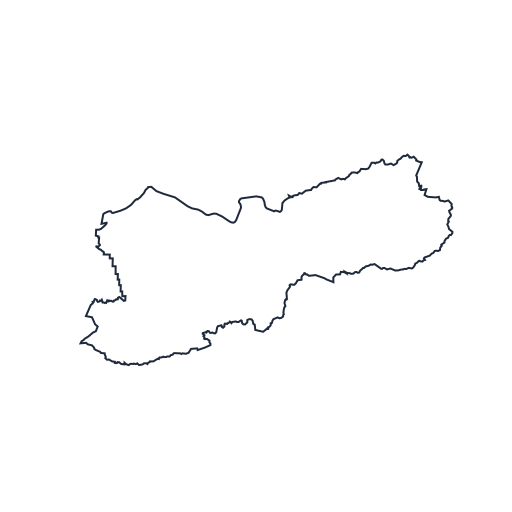 Tlapacoyan, Veracruz, Mexico, rotated 214°
{"feature_id": "50627088B77470661049606", "entity_name": "Tlapacoyan", "entity_type": "district", "adm_level": 2, "iso_a3": "MEX", "parent_name": "Mexico", "parent_adm1": "Veracruz", "projection": "albers", "projection_center": [-97.179, 20.022], "detail": "fine", "context": "isolated", "style": "outline", "palette": "slate", "viewbox_px": 512, "rotation_deg": 214, "n_neighbors": 0, "source": "geoboundaries", "source_scale": "gbopen_adm2", "svg_char_len": 6126}
<svg xmlns="http://www.w3.org/2000/svg" viewBox="0 0 512 512"><g transform="rotate(214 256 256)"><path d="M200.4,223.3L201.8,224.6L203.1,227.4L203.8,229.3L203.6,230.9L206.1,232.9L207.1,235.6L206.4,236.9L207.0,236.9L206.8,238.3L210.3,242.6L210.8,245.5L210.6,248.8L210.8,249.9L211.8,250.5L211.6,251.7L208.1,253.6L207.7,256.0L208.0,259.1L205.0,261.8L206.6,264.2L206.6,266.1L206.0,267.6L206.4,268.7L206.0,269.1L204.0,268.7L203.4,269.3L201.0,269.2L195.9,273.5L186.6,275.9L184.9,275.9L177.2,277.6L179.9,281.4L179.3,285.4L176.1,287.7L176.8,290.3L173.7,292.0L171.9,292.1L173.1,292.7L170.9,292.9L168.7,294.2L167.1,294.4L165.4,295.9L164.9,298.0L163.7,299.0L162.4,298.9L161.7,299.5L161.2,300.1L161.5,301.8L160.5,306.0L159.8,306.4L159.3,308.6L157.2,310.8L156.1,313.2L154.9,313.6L153.2,315.6L145.0,315.4L144.2,316.0L144.0,317.0L142.9,317.9L139.9,318.1L137.6,320.8L132.5,321.8L129.9,323.7L128.6,325.4L126.3,327.4L126.0,328.2L124.2,329.2L122.7,331.6L119.8,332.8L119.2,334.4L119.2,337.3L119.7,338.7L118.7,340.5L118.3,342.8L117.9,343.4L116.6,343.5L114.9,344.5L114.7,346.1L113.7,347.2L115.5,348.0L115.4,349.1L112.2,353.4L111.7,356.1L110.7,357.7L110.7,360.0L109.6,361.2L107.9,361.9L106.8,363.8L107.9,365.9L107.7,368.3L108.6,368.6L108.7,369.2L107.3,372.5L108.0,373.7L108.2,376.5L107.0,378.4L107.4,380.4L107.1,381.8L106.1,382.4L106.0,384.7L106.7,385.9L111.1,386.3L112.6,387.7L115.1,389.2L115.4,392.3L116.3,392.5L117.3,394.5L116.9,397.9L117.3,399.0L120.3,400.6L121.2,401.5L119.9,405.0L120.6,405.6L120.6,406.1L122.0,406.8L122.8,408.5L127.6,409.6L130.2,406.5L131.6,406.3L133.9,405.0L135.0,405.1L137.5,407.3L139.4,405.3L146.5,401.2L150.3,400.8L152.1,406.7L153.8,405.2L153.8,404.6L156.1,403.0L156.7,403.8L157.9,402.9L158.3,403.5L157.6,405.9L158.3,406.7L159.9,405.3L161.7,407.3L164.0,407.8L166.9,411.7L168.2,412.3L171.0,426.4L173.0,425.4L176.6,424.7L177.0,425.7L180.8,426.5L181.8,424.7L182.5,424.2L183.3,424.3L183.8,423.5L185.3,424.4L187.1,424.7L187.8,422.6L189.7,421.5L190.5,418.9L190.5,417.6L191.4,416.1L192.0,413.9L191.2,412.3L191.3,411.2L192.7,408.3L195.8,408.1L198.0,405.4L200.0,404.2L201.1,404.5L203.3,406.4L205.2,406.7L205.9,406.0L205.7,404.2L206.6,402.5L207.5,401.3L208.3,401.0L208.9,399.4L210.1,399.5L212.3,398.0L211.7,393.1L211.9,391.1L213.5,389.4L217.6,387.0L217.5,383.8L218.2,382.8L218.3,381.4L220.7,380.6L223.3,378.7L223.5,376.4L224.0,375.7L223.7,374.1L225.0,370.8L225.2,369.2L226.3,369.0L227.7,368.0L228.1,367.2L231.5,366.7L232.9,363.8L232.8,362.9L239.6,356.2L239.3,356.0L242.7,353.2L242.6,352.2L243.2,352.1L243.4,351.5L244.2,346.8L246.9,345.3L247.4,343.0L247.2,341.6L251.3,338.0L252.8,333.3L255.3,332.4L255.6,329.9L258.3,327.5L259.2,325.9L258.6,325.3L259.0,324.8L262.5,324.5L260.8,323.2L261.8,321.8L263.3,318.1L263.7,314.7L260.4,308.7L260.3,307.2L260.9,305.9L264.1,305.1L265.4,304.4L265.9,303.2L273.7,301.5L275.4,301.9L277.5,303.5L279.0,305.3L282.1,307.4L284.0,307.8L289.1,305.6L300.3,295.6L300.9,294.4L300.8,292.0L300.2,291.0L298.3,290.4L296.8,289.3L295.4,287.6L292.5,274.7L292.5,272.7L293.2,271.1L295.2,270.1L297.3,269.8L306.2,269.8L312.6,268.8L314.8,267.5L318.3,263.3L320.6,262.3L325.8,262.6L329.9,262.1L335.7,259.7L340.6,259.0L355.9,259.3L367.2,255.9L374.8,254.1L381.5,254.8L384.0,252.7L383.8,251.8L384.5,249.1L384.1,245.6L384.9,239.8L385.9,236.6L386.7,236.4L387.4,234.6L388.2,228.4L390.4,222.8L393.7,217.7L398.7,211.6L400.0,211.3L401.4,211.9L403.1,210.7L405.5,206.9L406.0,205.3L402.1,196.3L398.5,200.0L398.1,199.5L398.2,197.4L399.6,192.0L400.7,190.2L403.2,188.4L400.2,183.3L397.6,184.2L397.0,183.1L396.3,183.5L393.5,178.5L391.8,178.1L391.5,177.7L391.9,175.8L393.7,174.7L393.6,174.4L389.6,174.0L388.1,174.5L386.7,174.1L384.6,174.2L384.2,173.6L383.7,173.5L383.1,172.1L378.0,175.4L375.9,172.2L373.4,173.9L369.2,167.3L366.6,169.0L362.3,162.5L360.4,163.8L357.5,159.1L356.2,160.0L353.1,155.3L351.8,156.2L348.4,150.9L347.1,151.8L344.3,147.9L341.8,149.8L339.5,146.0L340.4,144.9L346.3,145.6L347.1,144.3L346.4,142.8L347.7,142.0L347.7,141.0L348.9,139.6L348.6,138.6L349.3,138.0L351.1,137.9L352.8,136.0L353.3,136.6L353.8,135.7L354.5,135.9L354.0,133.3L355.0,133.0L355.2,132.4L356.8,132.2L357.2,131.7L359.4,133.5L359.5,132.2L360.5,131.8L360.3,130.9L361.4,129.5L362.7,129.9L363.4,130.6L365.5,130.3L365.6,129.8L364.9,127.2L365.8,126.6L364.8,125.5L365.6,123.1L363.4,111.1L357.7,113.5L351.2,109.4L347.8,109.0L346.7,104.1L348.4,101.2L350.0,95.4L351.7,91.7L351.9,90.0L352.9,87.9L352.6,85.5L348.3,89.0L346.1,88.7L342.0,90.2L339.0,89.5L338.0,88.5L336.2,88.5L331.8,89.4L330.3,88.9L327.0,90.7L326.0,89.5L324.1,88.4L323.8,87.0L321.4,86.7L320.2,87.9L316.2,88.2L313.9,89.4L313.3,88.4L312.1,88.9L311.9,89.6L311.1,90.0L311.3,90.7L310.1,91.4L307.3,91.1L304.2,92.7L304.1,93.0L305.2,92.9L304.9,93.6L305.2,94.0L302.9,93.7L300.5,94.4L300.1,95.8L299.4,96.7L297.3,97.9L297.2,98.4L295.0,99.3L294.4,100.6L291.9,100.2L289.3,102.8L288.9,104.3L287.1,105.7L285.6,105.7L285.7,107.3L284.8,108.5L285.0,109.3L282.2,111.2L280.1,115.7L278.9,116.2L279.4,117.6L279.2,118.0L277.9,118.7L276.6,120.7L275.8,120.7L273.9,122.1L273.4,123.1L271.6,124.2L271.3,124.7L271.3,126.0L269.9,127.6L269.9,129.1L269.4,129.8L264.2,133.0L263.1,133.0L262.6,134.1L259.4,135.8L257.8,138.0L257.9,142.7L253.1,146.5L251.8,145.4L247.1,151.6L244.0,156.6L244.6,157.8L246.5,158.5L247.2,159.8L250.3,159.8L252.1,158.4L252.8,158.5L253.2,159.8L254.7,160.2L254.5,161.5L256.7,161.7L257.0,162.4L255.4,164.3L254.3,164.7L254.2,165.7L254.6,165.9L254.1,166.8L253.0,167.3L251.4,166.6L250.3,167.0L249.4,168.2L248.2,168.2L246.5,169.1L246.4,170.7L248.2,174.9L248.4,176.4L245.9,179.2L245.0,178.8L244.7,178.1L243.2,178.1L242.8,179.9L244.0,181.7L244.0,182.5L241.9,183.6L242.1,184.1L241.0,185.9L241.0,187.0L238.8,186.6L238.9,187.9L236.1,190.5L234.9,190.6L233.6,191.5L232.4,194.3L231.6,194.3L230.1,192.7L229.0,192.4L228.0,192.3L226.8,193.2L226.1,196.1L227.4,198.1L226.5,199.6L225.0,200.7L224.0,200.9L222.5,200.4L220.3,198.2L218.7,198.4L215.2,194.3L207.7,197.2L206.5,201.2L205.1,202.4L205.3,202.8L206.2,202.8L206.3,203.3L205.3,204.9L205.1,206.2L205.2,207.1L206.2,208.4L205.4,209.3L206.2,211.8L206.2,213.4L203.7,217.2L201.7,217.5L200.4,218.9L199.7,220.9L200.5,222.4L200.4,223.3Z" fill="none" stroke="#1e293b" stroke-width="2"/></g></svg>